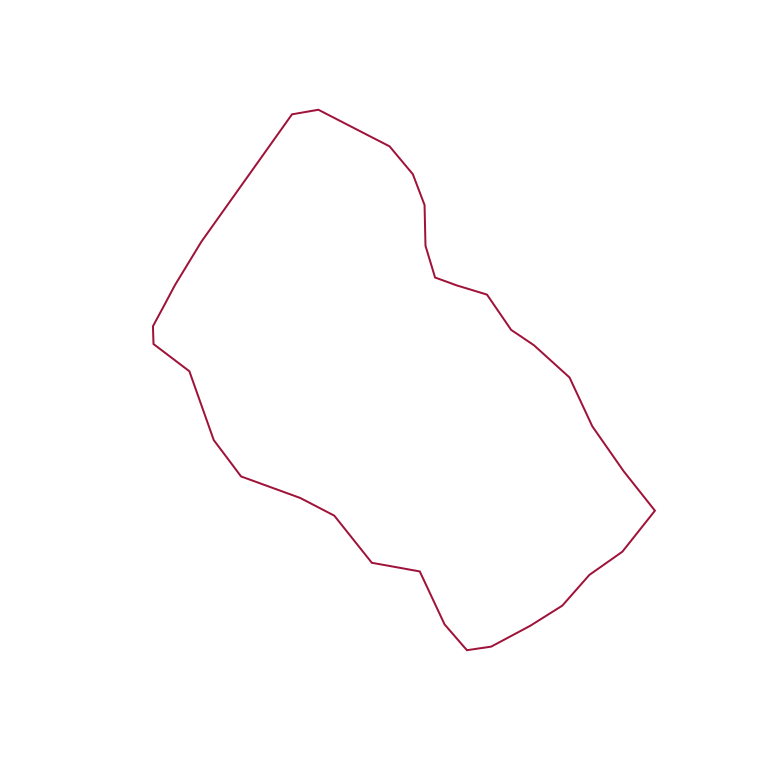 the district of Sokcho-si, Gangwon, South Korea, rotated 65°
{"feature_id": "91817680B43621567480447", "entity_name": "Sokcho-si", "entity_type": "district", "adm_level": 2, "iso_a3": "KOR", "parent_name": "South Korea", "parent_adm1": "Gangwon", "projection": "albers", "projection_center": [128.524, 38.163], "detail": "fine", "context": "isolated", "style": "outline", "palette": "rose", "viewbox_px": 768, "rotation_deg": 65, "n_neighbors": 0, "source": "geoboundaries", "source_scale": "gbopen_adm2", "svg_char_len": 621}
<svg xmlns="http://www.w3.org/2000/svg" viewBox="0 0 768 768"><g transform="rotate(65 384 384)"><path d="M613.3,192.0L564.2,203.7L510.4,213.1L456.5,213.1L412.1,231.8L388.7,245.9L346.5,252.9L325.5,276.3L309.1,292.7L276.3,288.0L238.9,271.6L206.1,269.2L171.0,278.5L153.0,292.5L107.7,327.6L100.7,353.4L177.8,489.3L205.9,531.5L220.0,550.2L234.0,569.0L247.3,574.7L250.4,576.0L290.2,555.0L362.9,562.0L407.4,552.6L451.9,508.1L482.3,484.7L540.9,470.6L569.0,430.8L627.5,430.7L656.0,422.6L660.3,421.3L667.3,397.9L664.9,353.4L660.2,316.0L643.8,278.5L636.7,238.8L613.3,192.0Z" fill="none" stroke="#9f1239" stroke-width="2"/></g></svg>